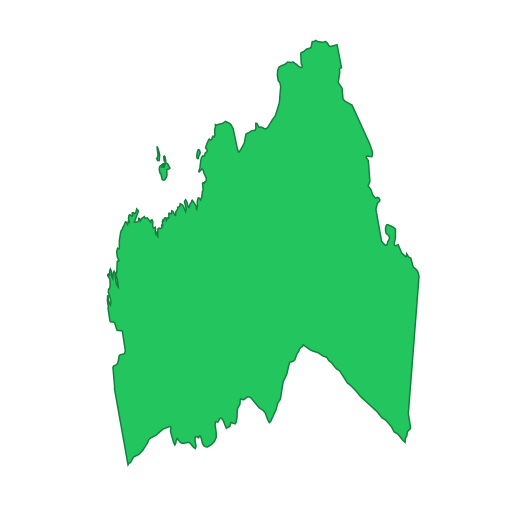 map outline of Karelia (Equal Earth projection), rotated 262°
{"feature_id": "RUS-2353", "entity_name": "Karelia", "entity_type": "Republic", "adm_level": 1, "iso_a3": "RUS", "parent_name": "Russia", "parent_adm1": "", "projection": "equal_earth", "projection_center": [34.102, 63.665], "detail": "fine", "context": "isolated", "style": "filled", "palette": "green", "viewbox_px": 512, "rotation_deg": 262, "n_neighbors": 0, "source": "natural_earth", "source_scale": "10m", "svg_char_len": 6092}
<svg xmlns="http://www.w3.org/2000/svg" viewBox="0 0 512 512"><g transform="rotate(262 256 256)"><path d="M75.8,112.3L74.0,106.8L69.0,103.0L68.3,101.2L67.0,100.2L143.9,97.4L146.1,97.8L165.6,98.8L166.9,99.6L167.7,102.6L169.8,104.5L176.4,106.6L177.2,108.0L177.3,111.0L177.7,112.0L178.8,112.9L180.8,113.4L200.0,113.2L200.6,112.8L201.7,108.0L209.7,106.7L210.3,105.9L211.0,102.8L212.1,102.3L225.2,102.2L226.0,102.7L232.5,102.6L237.8,103.6L235.7,103.9L233.7,103.6L229.0,104.4L227.7,105.0L229.9,105.8L232.5,106.0L240.7,104.7L243.7,105.4L244.2,106.4L246.3,107.3L253.2,108.1L257.4,106.3L258.4,106.8L258.8,107.6L256.7,108.3L262.0,109.1L263.4,110.0L261.1,110.6L255.8,110.3L253.5,111.0L259.3,112.3L260.7,113.3L258.6,113.9L251.7,113.7L247.8,113.9L245.7,114.4L244.3,115.3L251.9,115.4L257.2,114.6L259.1,115.4L258.2,115.7L269.5,117.7L270.3,118.2L270.0,119.2L270.8,119.6L274.1,118.5L280.0,118.7L282.9,120.0L282.1,121.2L282.6,121.7L290.2,122.8L297.8,125.1L299.6,126.4L299.3,125.8L300.3,126.3L301.1,127.5L302.9,128.0L304.0,129.2L308.0,131.5L307.8,132.1L305.2,133.2L307.7,134.2L307.1,134.4L306.8,135.4L310.5,134.9L313.9,135.8L314.5,136.9L312.7,138.6L313.3,139.4L315.8,139.3L316.1,139.6L315.8,141.0L314.7,141.5L314.8,142.1L315.8,143.0L319.2,144.4L317.3,145.7L316.1,145.5L306.5,140.3L306.2,142.3L306.5,144.4L309.6,145.1L309.4,145.7L306.8,146.5L308.9,147.7L310.6,150.9L308.7,151.6L308.9,153.6L304.1,156.4L305.7,156.8L306.3,157.3L306.3,158.1L304.2,158.6L300.2,157.9L298.5,158.0L297.7,158.7L298.5,160.2L296.6,160.3L294.7,159.7L291.9,159.8L293.2,160.9L292.1,161.2L289.7,160.9L288.8,161.5L296.4,162.6L297.0,163.3L297.1,164.3L296.3,165.0L297.1,166.8L299.3,166.9L299.7,167.0L299.2,167.8L303.3,168.1L304.5,168.8L302.9,169.5L304.8,169.6L306.4,170.9L306.4,171.7L303.9,172.3L306.1,173.3L305.5,174.6L306.4,175.2L310.2,175.5L310.6,175.9L309.4,177.7L309.7,178.2L312.5,178.8L311.8,179.9L308.1,181.1L307.4,182.0L310.8,182.7L313.7,185.1L315.2,185.2L315.4,186.6L316.1,187.4L318.4,188.3L317.0,189.9L315.2,191.1L309.9,192.5L312.5,193.5L319.9,192.7L321.5,194.1L319.7,194.9L314.4,195.6L313.4,196.4L317.1,198.2L318.2,199.6L319.9,200.2L320.1,200.8L314.1,203.5L309.4,203.7L310.7,203.7L314.3,205.1L317.9,205.3L321.6,206.9L321.1,208.0L319.2,209.0L321.9,210.5L326.8,211.7L328.7,212.8L335.4,213.2L336.0,213.7L335.3,214.7L336.5,215.4L336.4,216.2L337.3,217.1L340.2,217.6L346.0,215.8L348.4,215.7L349.7,214.8L347.2,211.4L348.0,211.2L350.6,212.6L358.6,214.7L360.9,215.7L362.5,217.1L362.2,218.6L365.0,220.0L366.3,222.1L367.7,222.4L370.1,221.1L373.0,222.4L377.9,225.4L378.3,226.0L377.2,227.1L377.8,228.6L379.5,229.1L380.7,230.1L379.8,231.2L381.1,232.0L387.0,232.7L389.8,233.9L391.8,234.0L391.0,235.6L391.6,237.0L391.7,239.2L392.2,241.9L393.6,244.5L391.3,248.0L389.6,249.5L385.3,251.1L365.4,252.4L361.5,253.2L361.3,253.5L362.5,254.9L369.4,260.1L378.3,263.1L379.5,267.0L380.7,269.3L380.5,272.7L382.5,273.6L387.5,274.3L387.3,275.2L383.0,277.0L383.0,279.1L381.0,281.9L380.6,283.6L381.7,285.5L388.6,291.1L392.1,294.6L404.3,300.4L420.2,304.0L424.0,303.8L426.7,302.4L432.1,302.3L436.4,303.2L439.7,304.8L440.7,306.9L441.9,311.5L443.6,314.3L442.7,318.2L443.0,319.7L439.8,323.1L437.9,324.4L436.5,326.4L436.4,327.8L437.8,328.4L440.4,327.6L450.6,328.5L451.2,329.3L451.9,332.0L453.7,334.4L454.7,339.5L460.5,341.5L460.3,343.3L461.2,345.1L459.7,347.1L458.2,352.4L458.8,354.1L458.7,354.9L457.5,356.0L453.8,357.7L453.1,358.7L453.9,365.7L430.5,366.9L430.0,365.1L429.3,364.7L425.8,364.4L417.0,361.7L415.4,362.0L410.1,364.6L399.8,364.0L397.2,365.3L392.1,372.1L351.2,384.2L343.4,385.7L341.3,385.7L338.4,384.7L338.2,384.0L339.6,379.8L338.3,378.7L334.9,380.5L314.1,379.2L309.9,376.8L305.4,379.2L300.4,379.9L296.7,382.4L296.6,383.0L297.3,384.1L296.6,385.6L294.4,386.5L293.1,386.0L291.2,383.4L285.3,381.2L253.0,382.4L248.8,385.3L248.6,386.3L249.3,387.6L251.8,388.4L254.0,390.2L255.3,390.7L257.8,390.3L260.1,388.1L262.8,387.8L265.7,388.2L268.0,389.2L268.7,389.8L268.7,390.8L266.1,395.2L263.3,397.9L254.2,396.5L249.3,394.6L247.3,394.7L246.7,396.0L247.5,398.3L238.6,400.7L234.4,404.3L234.5,404.8L237.2,405.5L233.8,407.0L232.3,409.0L223.0,410.2L221.6,411.8L219.6,413.3L217.5,414.1L213.1,414.6L78.7,384.9L64.7,385.2L63.6,384.8L60.8,381.4L56.9,380.3L54.8,378.7L50.8,377.7L52.8,375.9L59.9,371.7L62.6,368.3L68.2,366.3L75.2,361.8L78.4,358.1L84.9,354.3L102.5,339.8L109.3,335.7L115.4,331.1L117.4,328.9L130.6,322.9L133.3,319.8L140.1,315.7L142.3,313.5L145.8,312.0L147.8,308.2L151.6,304.0L154.0,298.9L155.5,296.6L161.6,290.3L160.1,289.6L158.7,287.0L157.6,286.0L155.9,285.2L153.0,282.7L147.6,279.9L146.6,278.1L146.0,274.8L145.0,274.0L134.4,269.9L127.4,265.3L110.8,260.2L107.2,257.0L100.9,254.4L90.0,247.4L89.1,246.0L92.4,244.8L99.4,243.3L102.4,241.3L105.4,237.9L116.0,231.4L117.4,229.8L117.7,228.1L115.4,224.0L115.4,223.2L116.6,221.1L115.6,220.3L111.5,219.5L108.1,216.9L105.9,216.0L98.7,214.7L95.5,213.7L93.6,212.9L92.7,211.9L94.6,208.0L91.0,206.4L91.1,205.9L90.5,205.6L90.1,203.3L89.5,203.0L90.0,202.5L97.9,200.6L100.0,199.2L100.4,198.2L99.6,197.2L96.9,195.3L97.4,192.8L94.9,192.0L86.4,192.0L82.0,191.4L78.3,189.2L75.5,185.7L73.6,181.4L74.2,179.3L75.5,177.8L77.4,177.0L84.4,176.2L85.6,175.5L85.8,174.8L84.0,174.1L84.0,173.6L85.4,172.5L85.2,170.6L82.2,170.0L75.8,170.1L73.8,169.1L75.4,167.4L80.3,164.4L80.9,162.5L80.5,158.1L81.0,156.2L81.9,155.2L86.2,152.5L84.8,151.5L81.5,150.3L80.2,149.3L83.0,148.4L93.9,146.9L98.2,147.9L98.9,147.5L99.1,146.4L97.5,139.7L92.5,132.2L90.1,125.5L89.0,124.3L85.4,122.0L79.2,116.7L75.8,112.3ZM360.2,178.7L360.5,180.4L359.2,181.5L355.0,183.0L354.4,182.4L354.0,179.7L348.5,179.1L346.7,178.4L344.0,176.2L344.0,174.8L344.8,173.7L350.6,173.2L351.2,172.5L354.3,172.2L356.8,172.6L358.1,173.2L360.5,177.1L360.0,177.7L359.4,177.5L357.3,175.2L356.6,177.3L360.2,178.7ZM369.2,173.0L378.4,173.2L375.8,174.0L369.6,174.7L364.3,173.6L363.9,173.2L364.2,171.8L366.1,171.3L366.1,171.7L366.9,171.7L369.2,173.0ZM364.6,211.5L368.7,213.1L369.3,213.8L368.8,214.7L366.1,215.2L362.6,213.1L360.6,212.4L360.6,211.6L361.8,211.1L364.6,211.5ZM367.2,178.4L367.8,179.1L366.9,179.7L362.4,179.9L361.7,178.9L363.3,178.3L367.2,178.4Z" fill="#22c55e" stroke="#15803d" stroke-width="1.5"/></g></svg>